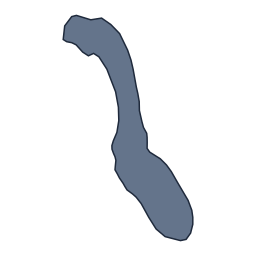 outline of Ifalik, Federated States of Micronesia
{"feature_id": "79324940B29071405098983", "entity_name": "Ifalik", "entity_type": "district", "adm_level": 2, "iso_a3": "FSM", "parent_name": "Federated States of Micronesia", "parent_adm1": "", "projection": "equal_earth", "projection_center": [144.456, 7.25], "detail": "fine", "context": "isolated", "style": "filled", "palette": "slate", "viewbox_px": 256, "rotation_deg": 0, "n_neighbors": 0, "source": "geoboundaries", "source_scale": "gbopen_adm2", "svg_char_len": 925}
<svg xmlns="http://www.w3.org/2000/svg" viewBox="0 0 256 256"><path d="M147.2,142.5L147.1,137.3L146.7,133.3L143.5,127.5L141.9,121.6L139.4,110.6L139.2,101.5L137.8,93.5L136.3,86.9L133.1,69.2L131.0,60.1L127.6,50.1L119.6,33.6L110.9,24.6L101.6,18.1L90.8,19.8L76.4,15.4L71.7,16.6L64.7,25.9L63.2,39.5L66.7,41.7L71.8,42.7L76.1,44.8L82.7,52.1L88.4,55.8L93.6,53.4L98.9,56.8L106.9,69.2L110.5,78.6L115.6,91.8L118.4,107.2L118.8,120.6L116.9,132.4L113.3,140.9L111.9,145.6L112.0,149.2L113.6,153.6L115.0,156.7L115.9,160.4L115.3,166.2L115.0,169.8L117.3,173.8L119.4,177.9L123.1,183.3L124.9,186.5L127.0,189.9L132.5,193.9L136.1,197.1L141.2,203.6L148.8,217.4L156.1,229.0L165.1,236.6L171.6,238.3L180.5,240.6L186.1,239.4L190.6,233.1L192.8,224.3L192.8,217.3L191.8,210.3L188.1,200.4L182.2,190.4L177.3,182.1L171.3,171.6L166.5,165.0L160.3,158.8L153.8,154.7L149.7,152.1L147.1,148.4L147.2,142.5Z" fill="#64748b" stroke="#1e293b" stroke-width="1.5"/></svg>